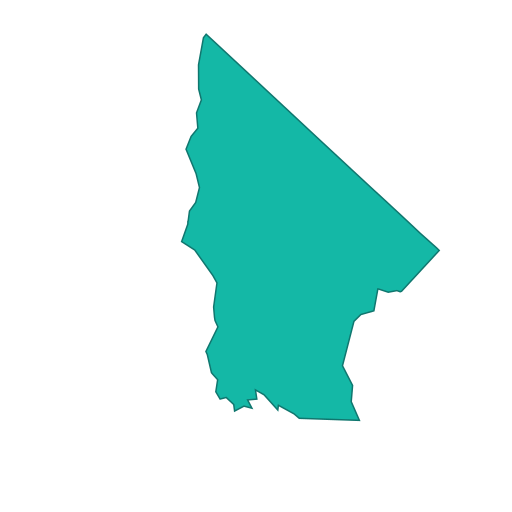 outline of York, Pennsylvania, United States of America, rotated 223°
{"feature_id": "52423323B25610501181533", "entity_name": "York", "entity_type": "district", "adm_level": 2, "iso_a3": "USA", "parent_name": "United States of America", "parent_adm1": "Pennsylvania", "projection": "robinson", "projection_center": [-76.736, 39.973], "detail": "fine", "context": "isolated", "style": "filled", "palette": "teal", "viewbox_px": 512, "rotation_deg": 223, "n_neighbors": 0, "source": "geoboundaries", "source_scale": "gbopen_adm2", "svg_char_len": 1175}
<svg xmlns="http://www.w3.org/2000/svg" viewBox="0 0 512 512"><g transform="rotate(223 256 256)"><path d="M184.7,126.9L181.3,132.2L171.0,132.2L165.9,128.0L162.4,138.0L155.2,141.9L164.0,145.0L157.8,151.9L165.1,157.7L155.4,160.0L135.0,158.2L137.8,162.1L120.5,166.5L113.7,166.8L92.2,185.5L68.3,206.3L87.0,214.4L97.1,227.2L117.9,234.7L139.8,275.0L139.4,284.7L132.4,296.3L144.4,315.0L143.5,315.6L134.6,319.7L129.5,326.6L129.1,326.9L128.2,327.3L126.7,328.0L126.2,328.1L125.5,329.5L125.8,385.0L129.3,385.1L152.0,384.6L168.3,384.7L171.5,384.7L175.2,384.7L205.3,384.6L206.5,384.6L214.6,384.5L244.5,384.4L246.0,384.4L252.1,384.4L288.8,384.3L305.6,384.3L327.5,384.3L338.1,384.3L358.8,384.3L368.7,384.3L374.7,384.3L378.4,384.3L384.6,384.3L384.9,384.3L443.7,384.2L443.3,379.8L428.4,356.6L411.8,339.0L402.4,332.9L397.1,320.1L385.7,309.8L385.0,299.2L380.0,286.4L356.0,275.4L344.0,267.5L336.6,254.0L335.3,243.5L329.6,235.5L329.5,235.0L327.6,232.8L320.2,215.8L304.9,218.6L274.2,212.3L266.2,209.7L252.2,189.8L244.7,183.0L242.0,180.9L235.5,178.2L227.5,152.0L224.4,150.7L209.0,140.3L206.7,140.0L199.7,139.4L192.8,129.3L184.7,126.9Z" fill="#14b8a6" stroke="#0f766e" stroke-width="1.5"/></g></svg>